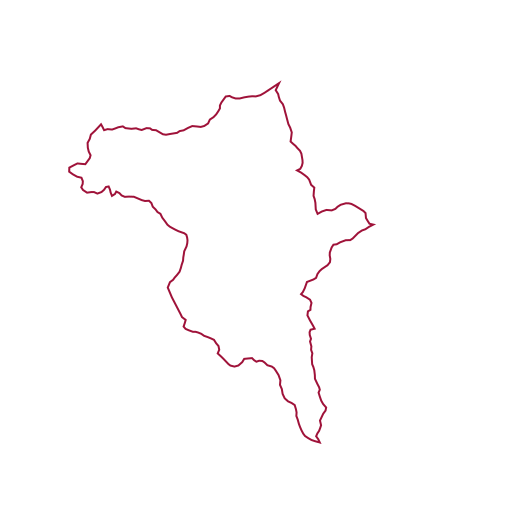 the district of São Simão, São Paulo, Brazil, rotated 239°
{"feature_id": "56859067B82998923442878", "entity_name": "São Simão", "entity_type": "district", "adm_level": 2, "iso_a3": "BRA", "parent_name": "Brazil", "parent_adm1": "São Paulo", "projection": "orthographic", "projection_center": [-47.581, -21.467], "detail": "fine", "context": "isolated", "style": "outline", "palette": "rose", "viewbox_px": 512, "rotation_deg": 239, "n_neighbors": 0, "source": "geoboundaries", "source_scale": "gbopen_adm2", "svg_char_len": 3850}
<svg xmlns="http://www.w3.org/2000/svg" viewBox="0 0 512 512"><g transform="rotate(239 256 256)"><path d="M420.3,141.1L416.1,143.5L413.0,146.7L409.3,146.1L407.0,144.5L404.9,141.6L401.7,141.7L397.3,143.8L395.6,147.8L394.2,150.1L391.2,152.2L390.4,156.5L391.0,159.8L392.4,162.9L391.5,165.5L388.0,165.0L385.3,164.1L381.7,163.5L381.8,167.1L383.2,169.4L380.3,171.3L377.1,172.0L374.3,174.0L372.4,177.6L369.7,181.8L365.6,184.8L362.7,186.9L360.3,189.2L358.5,192.7L355.3,193.6L351.4,192.9L347.6,193.9L344.4,194.2L341.4,195.8L337.1,195.4L332.4,195.9L328.4,196.2L325.6,197.2L323.3,198.5L320.1,200.4L317.2,202.3L314.4,204.6L312.5,206.2L310.1,207.2L307.4,206.5L304.8,205.4L302.4,203.7L300.0,201.4L297.0,196.9L294.5,194.9L292.3,193.0L289.5,191.0L286.7,187.7L284.6,185.6L281.9,182.4L280.4,178.5L279.4,175.2L278.3,172.7L277.9,168.8L274.4,164.1L263.9,162.6L244.7,161.4L241.7,161.1L237.4,162.8L235.1,160.3L232.8,157.6L229.8,158.1L227.1,160.0L223.5,162.9L222.2,165.1L220.3,166.9L217.5,169.0L214.3,170.4L211.3,172.9L208.6,174.9L205.8,176.8L201.6,176.9L198.2,177.5L194.6,176.2L192.2,173.0L187.9,174.3L184.8,175.1L177.6,176.7L175.3,177.6L172.3,180.6L171.2,184.5L172.1,189.5L173.9,192.9L172.4,196.1L170.5,200.0L167.7,200.7L165.2,201.9L164.6,204.8L162.7,207.4L160.3,208.5L156.5,209.5L153.1,212.6L150.5,213.7L147.4,213.9L142.3,214.0L136.9,212.9L133.2,210.2L128.6,209.6L124.1,207.8L119.2,207.3L114.9,208.6L111.7,210.8L108.3,212.4L104.0,211.3L101.0,210.2L98.1,208.2L94.3,207.5L90.0,206.3L86.8,205.7L83.1,205.2L79.4,205.0L76.5,205.3L73.1,206.9L69.7,208.8L67.0,211.1L63.3,214.6L66.8,215.0L70.5,214.7L72.3,217.2L73.6,220.0L75.4,222.3L77.4,224.6L82.0,226.1L83.8,228.8L86.2,232.4L87.7,236.0L90.0,238.1L94.6,237.3L98.4,237.4L102.7,238.3L106.7,239.3L108.5,241.8L111.0,242.5L114.5,242.7L120.4,243.3L123.6,245.1L128.0,247.1L131.3,248.0L134.3,248.4L140.5,251.6L143.6,254.2L147.2,254.9L150.0,256.9L154.9,258.3L156.7,260.5L160.6,261.4L163.1,262.7L164.7,264.8L163.5,268.8L166.9,269.0L173.0,269.1L178.6,269.5L181.8,272.0L181.8,274.9L184.2,276.5L187.2,279.4L190.7,279.8L194.8,277.8L197.3,276.1L200.1,275.0L200.9,277.5L203.2,281.1L207.5,286.3L206.3,293.1L206.3,296.2L208.9,299.4L210.3,302.7L210.9,305.6L211.3,312.7L212.6,316.2L215.2,318.2L218.6,319.5L221.0,321.1L224.4,325.3L225.8,328.2L224.5,331.2L224.4,335.3L223.3,341.1L221.1,344.9L221.2,347.9L222.1,351.4L223.1,355.3L223.3,360.0L222.6,363.5L222.8,367.9L222.5,372.7L225.2,369.9L228.3,369.8L231.9,369.8L236.4,372.0L239.2,371.3L243.9,368.9L248.1,366.7L251.5,364.6L253.3,362.7L254.9,360.2L256.3,355.0L256.2,351.3L255.5,348.3L256.1,344.4L259.2,340.1L260.2,335.5L260.4,330.5L265.1,331.2L271.0,334.3L274.6,335.6L277.9,336.3L281.6,338.9L284.6,341.2L288.6,339.9L294.1,340.9L297.1,340.5L300.1,339.4L304.3,337.6L308.2,335.3L307.9,338.8L309.6,341.7L311.8,343.9L314.2,345.2L320.3,347.6L323.5,347.9L327.4,347.0L330.0,346.6L332.9,345.6L336.3,344.6L340.4,347.9L343.5,350.3L348.4,351.4L352.4,351.7L358.3,353.4L361.3,354.3L364.6,355.2L368.7,356.5L372.3,357.2L376.8,356.6L380.7,357.5L383.4,358.4L388.0,358.3L392.3,364.8L391.5,347.1L391.6,342.6L392.9,338.0L394.8,335.2L396.5,331.6L398.1,327.5L399.4,323.2L401.6,319.6L404.5,317.1L406.8,315.8L408.3,312.2L405.4,305.4L403.6,302.6L401.1,301.1L399.5,298.2L397.9,294.8L396.9,291.1L396.7,286.7L394.3,283.2L394.1,278.6L395.1,275.1L397.5,272.0L400.2,268.3L400.8,263.8L401.0,258.7L402.4,254.9L402.2,251.8L403.6,248.3L404.8,245.3L406.3,241.3L408.3,238.9L411.8,237.0L415.3,235.1L417.6,231.9L420.0,230.9L422.0,228.0L422.9,222.9L424.9,220.9L427.2,219.0L429.2,214.7L432.9,209.9L435.7,208.6L437.3,204.2L437.8,201.2L438.5,197.8L441.2,194.1L442.1,190.6L445.5,190.9L448.7,191.0L447.7,187.6L446.3,182.7L445.1,177.0L442.0,173.8L439.7,169.9L435.4,167.6L431.6,166.4L427.6,166.1L425.5,163.9L422.6,157.0L424.9,153.8L427.3,150.6L427.6,146.8L427.9,141.5L424.5,139.3L420.3,141.1Z" fill="none" stroke="#9f1239" stroke-width="2"/></g></svg>